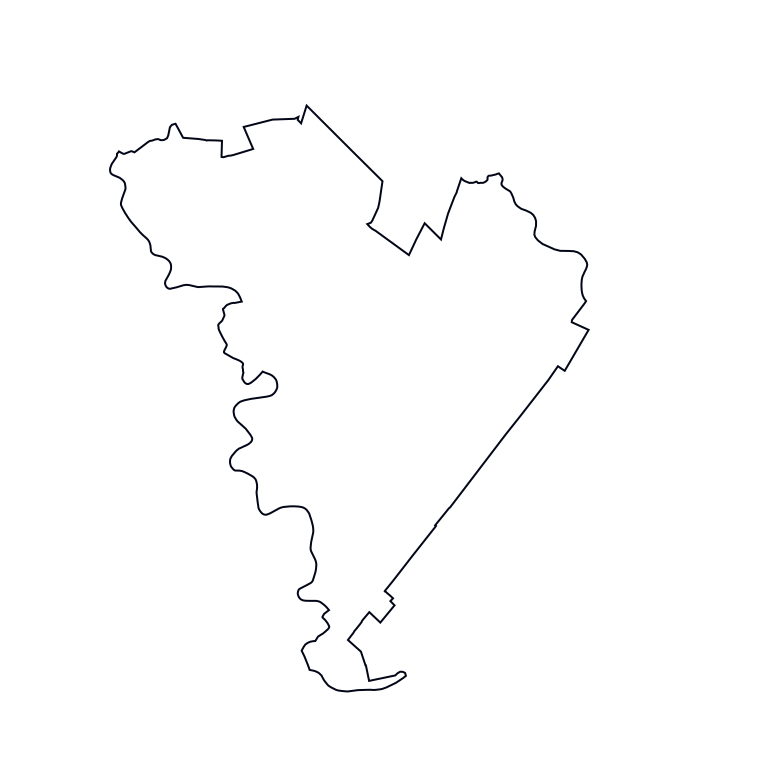 Fantanele, Suceava, Romania (Albers equal-area conic projection), rotated 168°
{"feature_id": "2599482B49541519144713", "entity_name": "Fantanele", "entity_type": "district", "adm_level": 2, "iso_a3": "ROU", "parent_name": "Romania", "parent_adm1": "Suceava", "projection": "albers", "projection_center": [26.534, 47.602], "detail": "fine", "context": "isolated", "style": "outline", "palette": "ink", "viewbox_px": 768, "rotation_deg": 168, "n_neighbors": 0, "source": "geoboundaries", "source_scale": "gbopen_adm2", "svg_char_len": 6145}
<svg xmlns="http://www.w3.org/2000/svg" viewBox="0 0 768 768"><g transform="rotate(168 384 384)"><path d="M597.3,664.7L597.6,663.2L598.4,661.7L604.5,655.9L606.1,653.5L607.0,651.9L607.5,650.3L607.6,648.9L607.6,647.7L607.4,647.1L606.7,645.9L605.3,644.6L599.7,640.7L598.8,639.7L597.0,637.5L596.5,636.6L595.8,634.7L595.7,633.8L595.8,632.3L596.0,629.9L596.4,628.3L601.3,620.4L603.4,616.4L603.8,615.2L604.0,614.0L603.9,613.0L603.3,610.3L601.8,605.4L599.4,599.1L597.7,595.3L593.8,588.3L591.1,583.2L588.8,579.7L585.8,575.6L585.0,574.3L584.2,572.4L583.8,570.3L583.7,568.3L583.8,566.9L584.2,563.4L584.3,562.0L584.1,561.5L583.5,560.2L582.4,558.8L581.0,557.7L574.4,554.6L572.2,553.0L570.9,551.9L569.5,550.2L568.6,548.9L567.8,546.7L567.6,545.5L567.7,543.7L568.0,542.3L568.4,540.8L569.4,538.9L571.5,535.9L576.2,530.5L576.6,529.8L577.3,527.9L577.3,527.3L577.1,525.5L576.9,524.8L576.1,523.3L575.3,522.5L574.2,521.8L573.5,521.6L566.9,521.7L559.6,522.3L556.8,522.1L554.3,521.4L546.8,517.9L545.6,517.4L535.6,516.0L521.6,512.9L516.7,511.1L514.8,510.1L513.4,509.2L510.0,506.1L508.3,503.4L507.7,502.0L506.8,498.7L506.0,494.2L513.1,494.3L514.6,494.7L517.3,494.7L521.0,494.0L522.5,493.2L524.6,491.5L525.7,491.1L526.0,490.7L525.7,485.2L525.7,484.7L526.0,483.8L529.2,479.5L532.4,477.6L533.6,476.6L534.0,476.0L534.0,474.0L534.3,472.7L534.1,470.7L532.4,464.0L531.0,459.4L529.9,456.4L529.7,455.6L529.7,454.7L529.8,454.4L531.2,452.4L533.2,450.0L533.8,448.9L533.9,448.6L533.9,448.0L533.4,447.2L526.1,440.7L523.6,439.1L520.3,436.7L518.6,435.0L517.7,433.4L517.7,432.5L518.7,430.7L518.9,429.7L519.0,428.8L518.9,427.5L519.3,425.6L519.1,424.7L519.2,424.2L519.7,423.3L521.1,420.2L521.5,418.8L521.5,418.5L520.3,415.0L519.8,414.1L518.9,413.1L517.8,412.4L516.4,412.2L513.6,413.0L508.4,415.6L503.4,418.9L500.1,421.4L499.1,420.6L493.7,417.2L491.7,415.5L490.1,413.4L489.2,411.6L488.8,410.7L488.5,409.3L488.5,406.7L488.6,405.2L489.1,403.0L489.8,401.6L491.2,399.8L492.3,398.7L493.4,397.8L496.1,396.4L498.1,396.1L501.2,396.0L517.1,397.1L523.1,397.1L524.9,397.0L528.1,396.6L530.3,395.7L533.1,393.9L534.8,392.5L535.5,391.6L536.2,390.2L536.9,388.3L537.1,384.5L537.0,383.3L536.6,381.8L535.6,379.0L534.9,377.7L528.6,369.1L525.4,362.4L524.7,360.5L524.4,359.3L524.2,358.3L524.3,357.7L524.7,356.7L525.4,355.6L526.1,355.0L527.9,353.9L529.8,353.1L539.4,350.9L541.9,349.7L544.0,348.2L547.8,345.2L549.4,343.4L550.0,342.4L550.4,341.5L550.8,340.0L551.0,338.7L551.0,336.5L550.7,334.8L549.1,331.8L548.2,330.7L547.2,330.2L543.3,329.3L542.1,328.8L540.7,328.2L538.5,326.7L535.8,324.6L531.7,320.9L530.7,319.7L529.6,317.8L529.3,316.7L529.1,315.2L529.1,312.4L529.5,309.7L530.2,307.4L531.0,305.2L531.3,303.9L532.1,295.3L532.5,288.9L532.3,287.5L531.6,285.5L530.4,283.1L529.4,282.0L528.1,281.1L526.8,280.7L525.9,280.6L522.2,281.2L512.6,284.1L510.6,284.5L507.9,284.6L500.9,283.8L496.8,282.9L492.8,281.8L490.1,280.7L488.8,280.0L487.2,278.7L485.8,276.9L484.5,273.9L484.1,272.8L483.3,265.5L483.1,260.7L483.2,258.1L483.7,255.0L484.1,253.5L488.0,244.8L489.8,239.4L490.2,237.0L490.0,235.3L487.9,227.0L487.6,225.0L487.5,223.7L487.8,221.1L488.8,217.7L489.8,215.1L490.7,213.3L494.5,206.5L495.5,205.5L496.2,205.0L497.4,204.5L509.4,201.1L510.2,200.5L511.2,199.0L511.8,197.5L512.0,196.0L511.8,194.2L511.4,192.7L510.6,191.3L509.9,190.5L508.7,189.5L507.5,188.9L504.7,188.0L495.2,185.9L492.8,184.8L491.7,184.0L490.2,182.4L488.2,180.0L486.6,177.6L484.8,174.3L490.4,171.6L492.7,168.9L492.5,168.1L490.6,165.4L489.0,162.0L488.2,159.3L488.0,157.8L489.2,156.2L493.1,153.9L495.8,152.5L498.0,151.8L501.1,150.6L504.6,146.9L507.2,147.2L509.8,147.2L512.0,146.8L515.0,145.6L517.0,143.8L520.0,140.3L518.4,133.8L516.7,123.9L516.2,119.8L512.9,118.4L511.2,117.5L508.9,115.9L507.5,114.5L505.9,112.1L505.5,111.2L505.2,109.8L504.4,107.2L503.8,105.7L501.6,101.3L500.6,100.0L498.6,98.1L494.6,94.9L492.9,93.9L489.4,92.6L484.3,91.0L482.3,90.7L473.2,90.0L461.6,87.9L457.0,86.7L452.1,86.2L449.2,86.1L444.7,86.7L434.5,89.2L426.2,92.5L423.2,94.0L423.5,97.1L425.6,98.6L428.0,99.2L430.8,98.3L433.6,96.6L460.3,96.7L460.2,112.5L460.6,112.6L462.2,127.0L472.5,141.1L465.5,147.1L464.2,148.6L462.2,150.1L457.2,154.2L455.3,155.9L454.9,156.7L453.4,158.0L445.8,163.9L437.2,151.4L419.7,165.3L422.9,170.3L419.7,172.5L421.9,175.6L424.6,179.1L425.3,180.2L426.4,181.0L426.3,181.3L415.7,189.9L391.9,210.0L363.6,233.5L362.7,234.3L363.4,235.1L346.1,249.1L345.2,249.4L274.8,309.9L257.2,324.4L222.3,353.8L210.2,365.2L204.5,359.3L204.4,359.4L172.6,394.4L187.5,405.4L187.0,407.1L186.6,407.7L171.2,421.0L169.1,423.1L170.5,426.2L171.2,429.4L171.3,432.5L171.1,435.0L170.3,439.9L168.9,444.8L167.6,447.7L164.7,451.7L162.6,454.3L161.2,456.5L160.4,458.5L160.4,460.9L161.6,464.7L164.3,469.7L167.1,472.5L170.7,474.4L175.9,475.8L183.9,477.6L189.3,480.3L199.8,488.0L203.6,492.5L205.5,496.2L205.9,498.7L205.0,501.8L202.4,507.1L201.4,511.7L201.7,515.1L202.8,518.2L204.7,520.8L208.9,524.1L213.3,526.8L216.4,530.1L217.9,532.7L218.6,535.6L218.8,539.3L219.8,544.1L220.6,546.2L224.8,550.2L226.7,552.5L227.5,554.2L227.5,555.5L226.9,556.8L226.1,557.9L225.5,559.2L225.4,560.1L225.5,561.6L227.8,566.1L229.8,566.0L231.1,565.7L235.9,565.6L238.1,565.9L238.9,565.6L239.6,564.9L240.0,563.8L240.1,562.9L240.3,562.3L240.8,561.8L242.4,560.9L243.6,560.5L244.8,560.2L245.9,560.3L247.7,560.7L249.5,560.8L250.4,561.2L251.1,562.5L251.4,562.7L251.9,562.8L252.9,562.5L255.2,562.3L256.5,562.5L257.6,562.9L258.5,562.8L263.1,565.9L264.5,567.5L265.6,569.2L272.7,557.2L273.0,556.4L276.4,552.1L285.9,537.4L293.4,523.3L298.2,513.5L310.8,532.8L322.3,518.8L332.8,504.9L360.4,535.6L363.3,538.2L365.2,540.7L367.1,543.9L363.3,544.5L361.5,546.2L353.1,557.5L350.6,563.0L343.3,582.7L364.6,615.2L401.8,672.4L410.9,656.2L413.5,660.4L412.2,663.1L416.3,662.0L438.0,665.8L467.8,664.6L463.1,641.1L483.9,639.3L486.9,639.3L488.7,639.6L493.9,639.2L495.7,639.9L491.9,655.6L497.4,657.1L505.9,659.1L506.8,659.0L507.8,659.7L514.4,662.2L529.3,666.6L533.8,681.9L537.6,681.6L540.0,679.7L543.3,672.1L545.1,669.5L548.6,668.4L551.6,668.9L554.0,670.5L556.6,670.8L560.0,670.3L562.5,670.4L564.4,669.8L579.9,662.5L582.0,663.9L583.0,664.3L590.1,663.1L591.4,663.5L594.9,666.6L595.6,665.9L597.3,664.7Z" fill="none" stroke="#020617" stroke-width="2"/></g></svg>